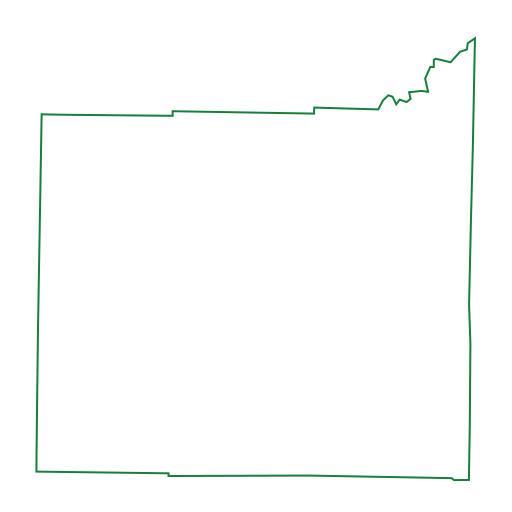 Johnson, Wyoming, United States of America, rotated 91°
{"feature_id": "52423323B17781084985346", "entity_name": "Johnson", "entity_type": "district", "adm_level": 2, "iso_a3": "USA", "parent_name": "United States of America", "parent_adm1": "Wyoming", "projection": "robinson", "projection_center": [-106.875, 44.028], "detail": "fine", "context": "isolated", "style": "outline", "palette": "green", "viewbox_px": 512, "rotation_deg": 91, "n_neighbors": 0, "source": "geoboundaries", "source_scale": "gbopen_adm2", "svg_char_len": 642}
<svg xmlns="http://www.w3.org/2000/svg" viewBox="0 0 512 512"><g transform="rotate(91 256 256)"><path d="M455.5,472.0L475.4,471.8L474.8,339.6L477.5,339.6L474.6,198.7L474.7,56.6L476.6,54.1L476.2,39.2L421.0,39.3L340.0,40.1L300.7,42.1L214.8,41.7L143.7,41.1L34.5,40.9L39.6,48.0L45.8,48.7L48.2,55.5L58.9,64.8L55.6,79.7L56.8,81.6L64.0,81.6L63.9,85.0L75.7,90.0L88.8,86.8L88.1,93.7L89.6,105.8L96.2,104.2L99.5,108.2L97.1,115.0L101.9,118.4L94.4,122.2L93.0,126.5L98.3,131.8L107.3,136.3L106.6,200.4L112.6,200.4L112.7,341.9L117.3,341.8L118.1,447.2L118.1,469.6L118.0,472.8L335.1,472.7L455.5,472.0Z" fill="none" stroke="#15803d" stroke-width="2"/></g></svg>